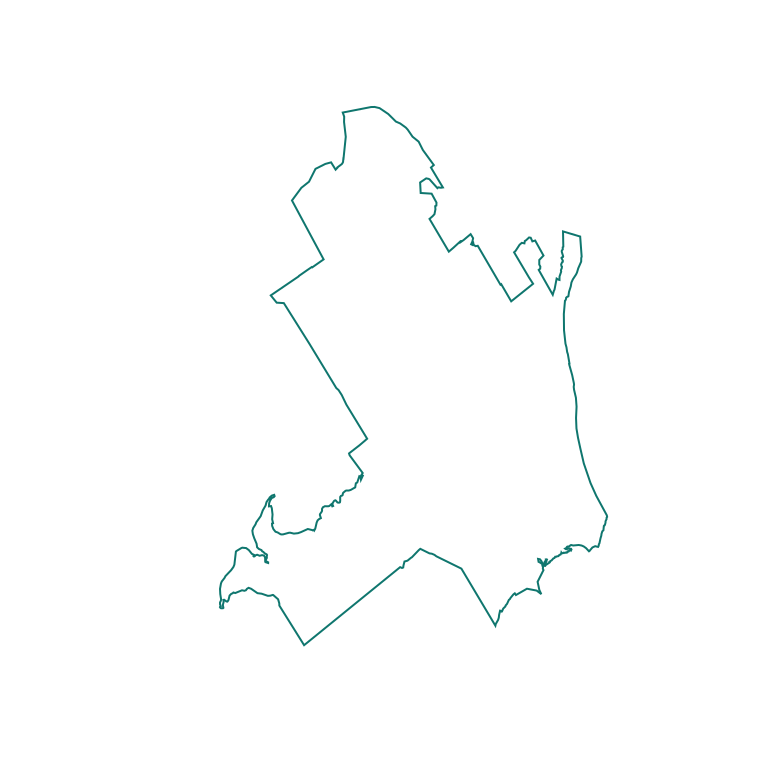 outline of Mērsraga pag., Mersraga, Latvia, rotated 67°
{"feature_id": "27541924B11751458518811", "entity_name": "Mērsraga pag.", "entity_type": "district", "adm_level": 2, "iso_a3": "LVA", "parent_name": "Latvia", "parent_adm1": "Mersraga", "projection": "robinson", "projection_center": [23.056, 57.313], "detail": "fine", "context": "isolated", "style": "outline", "palette": "teal", "viewbox_px": 768, "rotation_deg": 67, "n_neighbors": 0, "source": "geoboundaries", "source_scale": "gbopen_adm2", "svg_char_len": 6165}
<svg xmlns="http://www.w3.org/2000/svg" viewBox="0 0 768 768"><g transform="rotate(67 384 384)"><path d="M650.0,375.9L648.6,374.9L645.7,371.1L643.9,369.6L641.6,368.3L638.0,365.7L638.5,365.0L639.4,364.8L639.5,364.3L637.3,362.0L636.2,359.2L635.4,358.6L634.5,356.7L631.5,353.4L631.2,352.2L630.4,351.2L628.2,347.0L627.8,345.4L629.8,345.0L628.3,332.4L633.8,324.2L638.9,321.3L634.4,321.5L626.1,319.9L617.6,309.9L616.2,310.0L615.0,309.3L612.7,309.1L611.5,308.7L608.7,310.6L608.1,311.2L605.2,310.5L606.3,308.9L609.4,308.1L608.9,308.4L610.2,309.0L610.4,308.2L611.3,308.4L612.3,308.0L611.8,307.1L611.9,306.8L611.0,305.9L611.0,305.3L610.3,305.2L609.6,303.9L608.7,303.6L609.0,302.7L609.4,302.6L609.9,303.4L610.5,303.7L610.3,304.2L611.3,304.3L611.7,305.1L611.5,305.4L612.1,305.4L612.6,306.7L613.1,307.1L614.1,307.3L614.4,306.6L613.9,306.1L613.1,301.7L612.6,301.5L612.8,300.9L612.0,300.2L611.9,298.7L610.7,296.2L610.8,295.1L609.9,293.9L610.4,292.7L610.2,292.1L610.6,290.7L609.9,289.5L610.0,288.2L609.6,287.9L609.5,287.3L608.5,286.6L609.1,286.5L609.6,285.8L609.4,284.8L609.9,284.4L609.8,283.9L610.2,283.1L610.1,282.6L610.7,281.7L610.6,280.9L609.8,280.6L609.8,279.8L610.2,279.3L609.9,278.8L610.0,278.2L609.7,277.6L609.9,277.3L609.5,277.0L610.2,276.8L609.6,276.1L608.8,276.2L607.5,278.6L607.6,279.0L607.4,279.9L607.1,280.1L607.2,280.4L607.0,281.2L606.3,281.6L606.2,280.2L605.9,279.6L605.5,279.4L605.3,278.7L605.9,276.8L605.4,275.8L605.3,274.7L606.6,272.9L608.3,267.6L609.9,265.2L611.6,263.6L614.1,262.1L618.9,260.4L618.1,260.4L615.9,256.0L615.8,253.0L617.6,250.6L616.8,249.6L615.4,248.8L614.9,248.0L610.5,244.9L608.6,243.3L606.9,242.3L604.9,240.6L604.4,239.2L600.6,237.1L600.3,236.7L600.4,236.3L599.9,235.6L598.2,234.3L596.9,233.7L595.3,231.9L594.1,231.4L593.5,230.5L591.9,230.2L569.9,232.3L555.8,232.6L535.1,231.1L519.8,228.4L509.2,226.4L500.1,224.2L490.3,220.5L480.1,215.6L471.6,212.7L463.6,211.3L460.8,210.5L458.8,209.3L457.4,208.9L449.3,207.3L438.5,205.9L437.7,205.7L437.7,205.3L428.4,203.1L426.1,202.9L421.5,201.7L417.8,201.2L404.9,197.3L389.8,191.1L378.1,184.9L378.0,184.4L376.7,183.1L375.7,182.6L375.3,181.3L375.4,180.4L375.3,180.0L371.5,177.7L367.2,174.0L363.8,171.8L361.4,169.2L358.2,164.4L356.8,162.8L353.4,160.0L348.4,154.7L345.1,153.2L344.0,152.3L324.9,145.8L313.5,159.6L327.7,165.3L328.0,166.1L330.0,166.9L330.6,168.1L331.7,168.7L336.5,169.2L337.0,169.6L337.0,171.0L337.3,171.4L340.4,171.2L341.4,171.7L341.5,172.5L343.1,174.2L344.8,174.6L345.4,174.3L346.7,175.0L348.4,176.7L349.8,177.0L353.6,180.4L356.8,181.8L356.1,182.7L354.4,183.9L363.8,190.2L364.6,191.2L367.8,193.8L339.4,197.0L338.9,195.2L337.0,194.2L334.7,194.4L330.5,192.6L328.1,187.0L311.0,188.8L310.7,191.7L306.7,191.8L305.8,193.2L307.2,197.0L307.4,198.5L309.4,199.8L307.9,202.0L308.8,204.8L312.9,210.9L313.6,212.8L342.7,208.9L350.0,207.6L357.6,234.6L337.9,237.1L338.1,238.0L293.4,243.7L292.9,245.9L290.8,247.1L289.9,246.9L290.8,248.0L289.4,249.2L287.3,246.9L284.6,245.0L279.9,245.7L282.6,254.5L283.3,257.8L282.5,257.3L282.4,257.6L285.7,266.9L287.5,272.6L249.8,277.6L248.5,273.6L247.4,271.2L243.3,268.4L240.3,267.4L240.2,266.1L237.5,264.8L227.4,265.8L222.5,275.6L212.6,272.0L211.2,264.8L212.6,262.8L213.4,262.1L224.6,258.3L224.2,257.2L225.6,254.9L226.1,253.0L203.1,256.2L201.9,252.6L183.8,256.8L174.5,257.4L167.5,261.1L159.1,262.8L156.5,263.7L150.5,267.3L147.1,270.5L137.1,274.6L128.3,280.3L125.3,284.4L124.0,287.7L118.0,315.9L122.4,316.2L127.2,318.4L141.5,322.6L160.7,333.2L160.6,333.3L163.7,335.0L164.6,336.1L165.1,337.0L166.4,342.3L166.7,342.3L167.8,344.8L159.3,346.1L158.5,352.0L159.2,363.0L168.5,374.0L171.1,383.4L179.1,397.0L245.7,390.9L248.6,404.5L248.1,404.8L249.2,410.3L251.3,420.2L251.6,420.5L258.2,453.6L267.2,451.0L270.4,444.6L318.1,436.9L369.1,429.5L371.8,428.2L377.7,427.2L388.3,426.7L427.8,420.9L430.8,430.4L434.2,443.3L436.2,443.5L457.6,438.4L459.0,440.4L460.1,439.3L463.1,442.6L460.1,441.8L459.2,442.7L464.2,447.1L464.4,448.7L467.9,450.9L468.5,456.1L468.3,458.0L467.3,460.4L467.3,461.2L468.1,463.8L468.5,464.5L470.1,465.5L470.3,466.0L470.2,467.4L470.9,468.5L474.5,470.0L475.7,470.8L475.7,471.8L474.9,473.1L472.7,473.8L472.1,474.1L472.0,474.6L472.0,475.2L472.3,476.0L474.2,478.5L476.4,478.5L476.4,479.4L474.1,479.5L474.9,481.9L474.8,483.0L473.4,486.2L473.6,488.4L474.8,489.9L476.4,490.5L477.1,491.1L478.8,493.8L479.5,494.2L482.8,494.5L483.0,496.7L483.6,498.4L485.2,500.1L490.3,503.8L491.4,505.2L490.8,505.2L490.9,506.3L491.7,506.2L490.6,506.9L487.7,510.8L487.9,518.3L487.7,521.5L486.5,525.4L484.2,528.5L483.8,529.6L483.0,535.6L482.4,537.2L481.8,538.0L479.1,539.9L477.6,541.6L474.4,542.5L470.9,542.4L468.7,541.6L468.8,540.5L464.8,539.8L460.6,537.6L454.5,535.8L452.2,535.7L451.7,537.7L451.0,537.4L448.7,536.2L446.8,534.4L445.1,531.9L445.1,529.7L444.5,528.5L443.1,528.4L442.9,530.9L443.8,533.7L444.5,534.3L445.3,536.0L446.8,538.3L449.6,540.5L453.0,545.0L457.5,549.2L461.4,555.6L463.0,557.1L465.4,560.6L467.6,562.5L471.1,563.4L475.4,563.7L481.2,563.7L484.8,564.6L487.0,563.6L489.0,561.7L490.4,561.5L491.4,560.7L493.2,560.0L495.0,558.6L495.8,558.5L496.5,559.1L498.3,559.8L499.8,561.6L500.4,561.8L501.1,561.7L502.9,560.3L503.5,560.6L501.7,562.7L501.2,562.8L497.2,561.2L495.0,561.5L493.9,563.1L493.5,565.6L491.6,567.5L491.5,569.8L492.0,570.2L492.0,571.1L491.4,571.4L490.5,570.4L488.7,572.0L484.1,573.3L481.2,575.0L479.3,578.4L479.3,579.6L480.1,585.1L480.4,585.8L491.8,592.3L493.6,594.1L495.6,597.4L498.9,605.0L500.3,606.7L502.4,610.5L503.9,612.0L508.5,615.0L513.4,616.8L518.6,618.1L519.8,618.9L521.0,620.3L522.7,621.0L524.8,621.1L524.9,621.8L525.3,622.2L526.3,622.0L526.8,621.6L527.5,619.8L527.3,619.3L524.4,618.7L522.0,616.8L520.0,616.2L520.1,615.5L522.6,614.0L523.1,613.3L523.0,612.9L522.0,611.5L518.4,608.8L517.5,606.6L517.5,605.1L517.1,604.1L518.3,602.6L518.4,595.3L519.8,593.3L519.9,591.7L519.0,590.2L518.7,588.3L520.6,586.3L527.1,582.2L529.2,578.6L533.6,573.7L534.4,571.5L534.7,568.8L535.0,568.4L540.8,565.6L545.0,566.1L547.1,566.9L593.2,559.6L558.9,440.7L560.4,439.3L560.4,438.0L558.7,437.0L555.4,434.5L555.8,431.4L554.5,426.9L554.4,426.0L550.5,416.9L549.9,415.0L557.7,408.3L558.9,406.3L561.0,404.3L563.1,403.1L584.2,384.9L650.0,375.9Z" fill="none" stroke="#0f766e" stroke-width="2"/></g></svg>